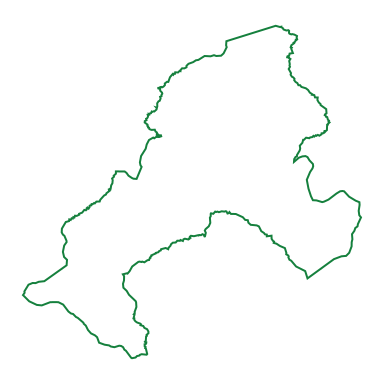 Lupososhi, Northern, Zambia
{"feature_id": "96606910B11970238956391", "entity_name": "Lupososhi", "entity_type": "district", "adm_level": 2, "iso_a3": "ZMB", "parent_name": "Zambia", "parent_adm1": "Northern", "projection": "orthographic", "projection_center": [29.571, -10.656], "detail": "fine", "context": "isolated", "style": "outline", "palette": "green", "viewbox_px": 384, "rotation_deg": 0, "n_neighbors": 0, "source": "geoboundaries", "source_scale": "gbopen_adm2", "svg_char_len": 5955}
<svg xmlns="http://www.w3.org/2000/svg" viewBox="0 0 384 384"><path d="M307.5,278.4L334.0,259.1L341.5,256.3L346.1,255.9L349.2,252.8L351.6,246.4L351.7,242.1L352.4,239.3L352.0,234.2L354.4,230.8L355.3,228.0L357.5,226.4L357.9,224.1L361.0,217.4L359.3,215.3L358.7,210.9L359.6,204.9L359.4,202.2L355.7,200.7L349.1,196.7L344.1,191.3L342.4,191.0L340.1,191.3L336.5,193.5L328.5,199.6L323.9,201.7L322.2,202.1L316.5,200.4L312.9,200.2L311.0,196.3L308.5,188.7L306.8,179.8L310.1,172.0L312.5,168.4L313.2,166.2L312.9,164.0L309.5,160.4L307.5,157.1L305.5,156.1L302.4,156.4L298.9,157.7L294.0,161.9L294.2,159.1L295.6,156.9L296.9,156.4L297.0,155.0L299.7,150.5L300.2,148.5L299.8,145.7L302.4,142.8L303.1,139.9L303.7,140.0L306.1,137.7L309.3,138.2L310.2,137.4L312.3,137.1L313.4,135.9L314.2,136.6L315.8,135.3L316.4,135.8L317.8,134.9L319.4,135.7L321.4,134.4L321.6,133.3L322.9,133.4L323.9,132.3L324.4,132.6L325.2,131.7L324.9,131.0L325.8,131.0L326.9,130.1L327.1,125.6L327.7,124.9L327.3,124.5L329.5,122.4L328.5,121.7L329.0,120.7L327.9,119.7L327.2,117.1L325.9,116.7L325.4,115.0L324.8,115.0L324.9,114.5L326.5,113.3L326.2,109.1L320.6,105.1L320.5,104.0L318.8,102.5L317.4,100.0L317.7,97.5L315.0,97.4L314.3,95.1L312.1,94.8L312.4,94.3L309.8,92.6L308.1,90.0L305.9,88.3L301.4,86.9L300.1,85.2L298.4,85.2L297.4,83.1L295.6,82.0L294.2,80.2L294.5,78.8L293.3,77.4L291.9,76.7L290.6,74.7L291.0,73.1L288.7,69.0L290.0,66.8L289.5,65.6L289.8,64.1L289.2,61.0L290.4,59.0L289.1,58.2L289.1,57.6L287.2,57.3L287.4,56.4L289.2,55.5L289.6,53.6L292.9,53.1L291.2,48.6L291.8,47.7L290.7,47.2L291.4,45.2L294.0,43.3L293.6,42.8L295.2,41.6L295.7,39.9L296.5,40.0L297.2,39.3L296.6,38.0L297.0,36.0L294.4,34.6L292.2,34.1L291.3,34.4L289.5,33.7L289.0,32.9L289.1,30.8L288.4,30.2L286.4,30.5L283.6,29.5L282.6,27.9L281.3,27.3L281.3,26.7L279.9,27.0L275.7,25.8L226.4,41.2L226.1,45.3L226.7,47.2L223.6,53.4L221.1,55.7L216.3,56.0L214.0,55.2L210.6,56.3L204.6,56.0L198.4,59.9L195.9,60.3L193.2,62.1L188.5,63.8L186.5,65.8L186.5,67.3L184.3,68.4L182.1,68.3L180.7,69.9L180.5,71.1L179.7,70.8L178.0,72.5L175.2,72.3L174.9,73.8L173.9,73.7L173.3,74.7L172.7,74.0L170.0,77.2L168.3,81.9L167.0,81.8L164.8,83.5L164.9,85.1L163.5,86.6L162.2,87.3L161.4,86.9L160.3,87.1L160.3,87.7L158.3,87.9L158.3,88.4L160.1,89.0L160.2,90.7L162.0,92.6L162.3,93.7L161.5,94.9L161.5,96.2L160.1,96.8L160.6,98.5L159.7,100.8L158.5,101.3L157.2,103.3L157.3,106.3L156.9,107.8L156.3,107.6L156.8,108.2L156.5,109.5L154.3,111.5L153.5,111.3L151.9,112.1L151.6,111.8L151.0,113.2L149.5,113.6L149.4,114.3L148.7,114.0L148.8,114.7L147.7,114.8L148.1,115.9L147.8,117.1L147.2,118.2L146.1,118.8L146.5,120.2L144.8,121.1L144.7,122.5L147.5,124.6L147.3,125.8L148.2,126.4L148.1,127.5L149.1,127.9L149.4,129.1L151.5,129.9L154.8,129.7L155.5,131.5L156.9,132.5L156.8,134.6L157.5,134.3L157.6,135.0L158.5,134.8L159.0,135.4L160.9,135.3L161.2,136.3L159.2,137.0L156.2,136.9L154.2,138.3L153.2,137.6L149.0,140.0L146.7,144.5L145.7,148.7L141.1,156.0L139.9,162.4L140.5,165.3L141.6,166.9L136.6,178.9L133.5,178.7L132.1,178.1L128.5,175.7L126.5,172.9L124.7,171.5L115.9,171.4L115.9,173.7L113.7,175.7L114.0,176.7L112.1,178.5L112.7,180.1L112.4,183.3L111.2,185.3L110.7,188.4L109.2,189.2L109.6,189.5L109.1,189.6L109.0,190.3L109.6,190.8L106.4,193.3L106.0,194.5L104.1,195.5L100.3,199.7L99.7,201.5L96.4,201.6L94.8,203.4L94.1,203.0L92.6,204.2L91.6,204.1L91.3,205.3L90.3,205.3L89.5,206.0L89.6,207.0L88.6,208.6L87.4,207.5L86.6,208.3L86.7,209.5L85.9,210.3L84.3,209.9L82.2,212.6L79.1,213.8L79.2,214.7L76.7,215.9L75.0,215.7L74.4,217.5L73.3,217.1L72.8,218.6L71.6,218.3L70.7,220.0L69.3,219.4L69.0,221.1L65.8,222.0L61.9,228.6L61.7,232.4L62.9,234.6L64.4,235.8L66.5,240.8L66.6,242.1L64.2,245.5L62.9,251.9L64.1,257.0L67.0,259.8L66.6,265.3L44.3,281.2L38.7,281.8L35.6,283.1L32.6,283.0L28.5,284.7L24.4,291.4L24.6,292.8L23.0,295.1L29.2,301.3L36.8,304.9L41.8,305.4L50.2,302.2L55.0,302.1L58.4,302.2L63.2,304.6L68.4,311.5L71.0,313.5L73.1,314.0L76.0,317.0L77.7,317.8L83.4,322.7L83.7,323.7L85.8,325.6L88.0,330.0L91.0,333.4L94.9,335.3L97.1,337.2L99.1,342.7L104.6,344.7L109.1,345.4L110.8,346.5L114.4,347.2L119.2,345.7L121.2,346.0L123.1,347.2L124.4,349.7L125.9,350.7L131.1,357.7L132.0,358.2L135.6,357.5L136.9,356.1L139.5,355.5L139.9,354.8L141.7,354.2L146.6,354.7L147.2,354.0L145.8,348.3L145.2,348.1L145.5,346.8L144.7,346.4L144.6,344.3L145.7,344.1L146.3,343.0L146.3,342.5L145.7,342.6L144.9,341.8L145.8,340.7L146.1,336.4L146.9,335.8L146.6,334.8L148.4,333.3L148.4,331.5L147.1,329.2L144.4,327.9L143.3,326.0L140.5,325.2L140.9,324.2L140.2,323.6L137.1,322.5L135.4,321.3L134.3,319.8L134.3,318.4L133.5,318.3L134.5,314.7L133.8,314.3L134.8,313.1L134.6,312.0L136.4,307.0L136.1,302.3L135.7,301.2L129.0,294.8L126.7,290.9L123.4,287.7L123.0,283.8L124.0,280.5L124.1,276.2L122.9,274.3L126.9,273.3L127.5,273.6L129.6,271.2L132.2,266.5L138.3,261.9L139.5,261.6L141.6,262.0L142.2,261.6L144.4,262.3L147.5,260.2L149.1,260.0L149.8,258.0L150.4,257.9L150.5,256.8L151.4,256.2L151.3,255.4L155.8,253.4L155.8,252.9L158.4,252.2L159.1,251.1L160.8,250.4L161.1,249.2L165.7,248.0L168.2,249.2L168.5,247.9L170.5,245.7L171.0,244.3L172.8,242.7L175.7,242.5L177.3,240.7L180.0,240.8L180.5,240.0L182.9,241.0L183.5,239.3L184.9,238.7L188.4,239.5L189.3,238.9L189.1,238.4L190.4,237.9L189.9,236.7L190.9,235.8L194.0,236.2L198.2,235.2L198.7,235.5L199.3,235.0L201.0,235.2L202.4,234.2L203.6,234.7L204.5,236.4L205.0,236.3L205.8,232.8L204.8,230.6L205.6,229.1L208.8,226.3L210.3,222.9L209.9,217.7L210.7,216.2L210.7,213.8L211.0,213.3L213.3,213.8L215.2,211.6L216.1,212.0L217.5,211.6L218.9,212.2L221.7,211.3L224.4,211.6L225.8,211.2L226.5,211.5L227.5,213.5L228.7,213.2L229.4,212.1L230.9,213.9L235.8,214.0L242.8,217.2L245.2,219.9L247.8,220.2L248.4,222.7L250.7,224.8L256.7,225.4L258.9,226.4L261.3,231.2L264.0,233.0L264.9,234.3L266.8,234.6L266.8,236.3L271.5,235.7L271.6,238.8L272.9,240.8L274.1,241.6L273.7,242.9L276.5,243.7L279.8,245.9L284.9,248.1L286.4,253.0L286.2,254.3L288.3,255.5L288.7,256.5L288.4,257.4L289.4,259.7L291.2,260.7L296.1,266.5L305.2,271.1L307.5,278.4Z" fill="none" stroke="#15803d" stroke-width="2"/></svg>